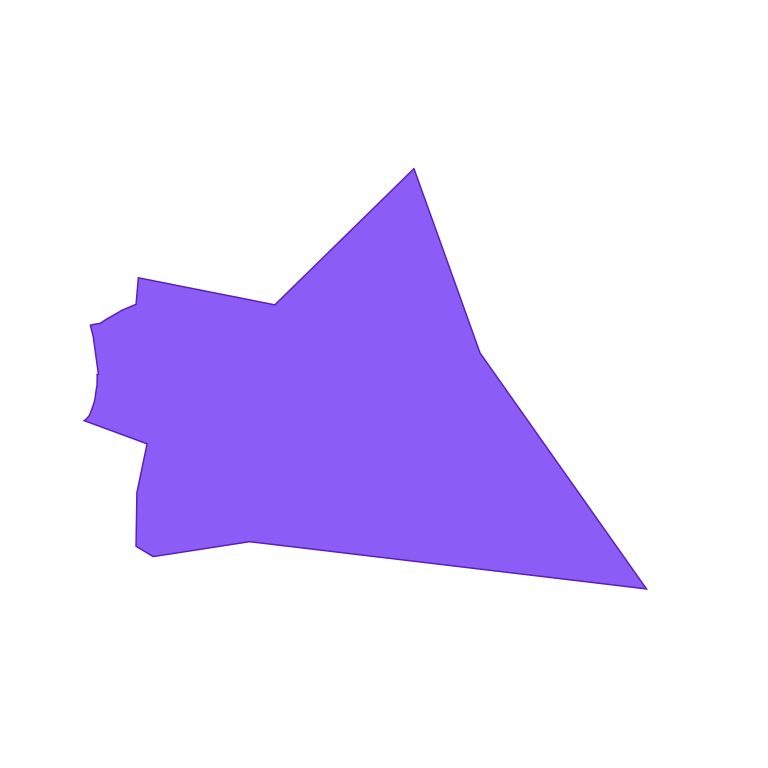 outline of Al-Hammam, Matruh, Egypt, rotated 282°
{"feature_id": "37247803B30384422366927", "entity_name": "Al-Hammam", "entity_type": "district", "adm_level": 2, "iso_a3": "EGY", "parent_name": "Egypt", "parent_adm1": "Matruh", "projection": "natural_earth1", "projection_center": [29.325, 29.822], "detail": "fine", "context": "isolated", "style": "filled", "palette": "violet", "viewbox_px": 768, "rotation_deg": 282, "n_neighbors": 0, "source": "geoboundaries", "source_scale": "gbopen_adm2", "svg_char_len": 861}
<svg xmlns="http://www.w3.org/2000/svg" viewBox="0 0 768 768"><g transform="rotate(282 384 384)"><path d="M436.8,121.6L436.4,121.7L410.4,124.9L401.7,112.4L399.2,109.7L391.1,100.6L389.3,98.6L389.2,98.5L388.0,97.4L387.3,96.7L385.0,94.5L384.3,93.7L384.2,93.7L383.6,91.9L382.9,90.2L382.5,89.2L382.4,88.8L382.0,87.7L380.4,84.6L370.9,89.2L369.2,90.0L368.9,90.1L333.9,102.7L333.6,101.4L331.3,102.0L326.5,102.9L323.0,103.6L315.0,103.9L310.4,104.4L305.6,104.3L300.6,103.7L294.3,102.8L292.3,102.4L291.9,102.3L291.5,102.1L289.8,101.2L287.3,99.7L285.8,98.3L276.2,164.7L226.3,164.9L173.7,175.2L167.2,194.1L201.8,285.2L238.1,683.4L245.3,675.6L434.3,471.5L490.2,437.0L534.5,409.6L600.6,368.7L600.8,368.5L494.0,297.5L474.7,284.7L462.6,276.6L438.9,260.9L438.7,260.7L438.7,259.9L438.7,259.5L436.8,121.6L436.8,121.6Z" fill="#8b5cf6" stroke="#5b21b6" stroke-width="1.5"/></g></svg>